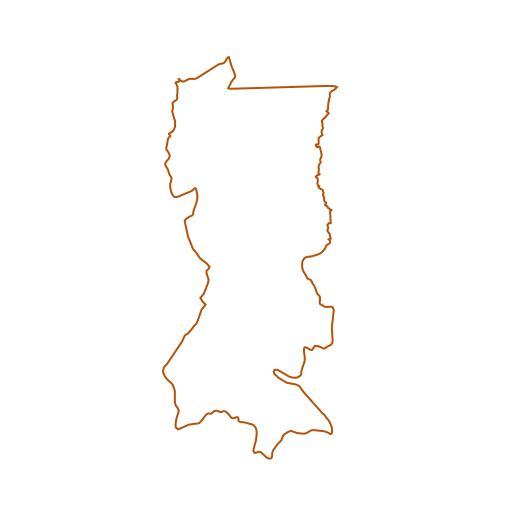 the border of Orellana, rotated 254°
{"feature_id": "ECU-1286", "entity_name": "Orellana", "entity_type": "Province", "adm_level": 1, "iso_a3": "ECU", "parent_name": "Ecuador", "parent_adm1": "", "projection": "orthographic", "projection_center": [-76.398, -0.797], "detail": "fine", "context": "isolated", "style": "outline", "palette": "amber", "viewbox_px": 512, "rotation_deg": 254, "n_neighbors": 0, "source": "natural_earth", "source_scale": "10m", "svg_char_len": 6112}
<svg xmlns="http://www.w3.org/2000/svg" viewBox="0 0 512 512"><g transform="rotate(254 256 256)"><path d="M448.2,230.4L446.2,231.4L444.4,232.6L443.6,234.6L443.8,236.2L444.5,239.3L444.6,241.0L444.2,242.6L443.2,245.6L443.1,247.7L450.5,272.8L450.5,274.2L450.3,277.1L450.6,278.7L451.8,280.5L453.4,281.9L454.6,283.6L454.7,284.7L453.2,284.8L445.4,284.8L438.3,285.6L434.5,285.6L432.9,284.2L431.9,282.5L429.7,279.9L425.0,275.6L423.9,277.1L399.4,373.1L397.3,378.9L396.0,380.4L394.2,377.1L393.4,373.5L392.4,372.0L391.2,371.4L389.9,371.3L388.1,370.7L387.0,369.7L386.0,369.2L385.1,369.1L384.1,368.1L379.2,366.3L377.6,365.9L376.8,365.3L376.4,364.6L376.1,363.8L375.7,363.6L375.1,364.1L374.3,364.9L373.3,365.3L372.7,364.8L372.2,363.5L370.6,361.4L369.3,358.8L368.9,358.4L368.3,357.0L367.6,356.4L365.5,356.5L363.1,355.8L360.7,355.6L359.9,355.2L359.3,354.5L358.6,353.9L357.3,353.2L356.2,353.1L355.1,353.1L354.2,353.4L353.8,353.2L353.8,352.7L353.5,351.7L352.3,349.0L351.2,348.4L347.1,347.3L346.3,346.6L346.2,345.7L346.6,344.9L346.6,344.2L346.0,344.1L345.3,344.3L344.1,344.3L343.7,344.7L343.6,345.3L343.9,346.2L343.8,346.9L343.1,347.3L342.1,347.5L340.5,347.3L337.5,347.2L334.7,346.9L332.5,345.6L331.4,344.5L330.6,344.0L328.5,344.1L327.7,343.4L326.9,342.4L325.6,341.2L323.7,340.5L321.7,340.3L319.9,339.3L318.9,338.9L318.3,339.0L317.8,339.4L317.1,339.7L316.8,339.1L316.7,338.4L316.8,337.4L316.5,336.4L315.9,335.5L315.4,335.3L314.9,335.6L314.5,336.3L313.5,336.5L311.8,336.4L308.9,335.0L307.2,335.0L306.4,335.2L306.2,335.7L305.8,336.0L305.5,335.7L305.3,335.1L305.0,335.0L304.6,335.1L303.9,335.5L302.2,337.1L301.8,337.7L301.2,338.2L300.6,338.3L299.5,338.2L298.8,338.2L297.8,338.3L297.3,337.9L296.5,337.2L295.5,337.2L292.6,337.6L291.3,336.9L290.4,336.8L289.5,337.0L288.7,337.6L287.8,338.1L287.1,337.8L286.6,337.2L286.2,336.5L285.7,336.5L285.2,337.1L284.7,337.9L284.0,338.5L283.3,338.3L282.7,338.3L282.3,338.5L282.0,338.9L280.9,339.6L280.3,340.2L279.9,340.8L279.3,341.3L279.0,341.2L278.9,339.9L278.4,339.5L277.0,339.1L274.5,338.7L270.3,337.6L267.9,337.2L267.0,336.7L267.1,336.1L267.5,335.5L267.3,334.9L266.6,333.9L266.3,333.3L265.5,333.1L264.6,333.2L263.3,333.2L262.2,332.6L261.1,331.7L260.2,331.7L259.2,332.0L258.0,332.5L256.0,332.9L254.4,332.5L252.7,332.8L252.0,332.4L252.0,331.8L252.1,331.1L252.0,330.5L250.8,331.2L249.5,331.4L248.6,330.9L247.6,329.6L247.4,328.6L247.3,327.6L246.9,326.9L246.1,326.0L244.6,324.9L243.8,323.9L243.0,322.7L241.6,320.8L240.8,318.4L240.3,314.9L240.4,308.3L240.9,306.1L241.0,303.7L240.4,301.7L238.2,299.3L235.9,298.2L233.1,297.4L230.2,297.1L227.8,297.4L223.6,298.6L220.5,299.2L219.7,299.6L218.4,301.5L217.6,302.1L216.0,302.6L214.5,302.7L211.1,303.7L207.8,304.2L203.7,304.4L202.5,304.6L200.2,305.9L198.8,306.1L196.3,305.6L194.4,304.5L192.9,304.2L191.9,304.6L188.8,307.5L187.8,308.9L187.3,310.7L187.0,312.6L186.5,314.4L185.4,315.7L182.4,315.8L166.4,309.2L153.0,306.2L151.2,305.2L150.0,303.5L149.0,298.7L148.4,297.3L148.1,296.3L148.6,295.2L151.9,291.4L153.4,287.7L151.9,285.9L150.9,285.0L150.2,283.7L150.7,282.6L153.5,280.0L154.7,278.4L154.5,277.3L153.6,276.5L151.4,275.9L144.5,274.8L141.6,273.8L134.0,268.6L132.7,267.9L131.2,267.4L129.5,266.5L128.6,265.2L127.9,262.4L128.2,259.8L129.3,257.1L131.2,254.3L139.2,246.8L140.8,244.9L141.4,243.0L141.1,242.0L139.9,241.2L137.5,241.1L135.4,242.6L133.1,243.7L125.7,250.6L121.7,258.6L119.5,261.4L118.2,262.1L112.1,264.2L85.9,276.8L84.1,278.2L80.9,279.0L80.4,279.4L77.7,280.6L74.4,281.3L70.3,281.6L66.6,280.9L64.4,279.8L64.4,278.3L66.1,276.8L67.5,275.1L69.0,272.7L72.8,263.3L73.2,260.9L71.8,255.7L72.0,253.3L73.0,250.3L74.2,247.5L75.4,245.4L77.7,242.3L78.2,240.6L78.1,238.5L76.9,234.3L75.9,232.6L74.5,231.4L72.3,230.0L71.4,228.9L69.6,225.4L65.0,219.5L63.2,217.9L61.6,217.1L59.8,216.6L57.8,215.5L57.3,214.2L57.6,212.8L58.5,211.5L60.2,210.2L65.3,207.1L66.5,206.0L67.1,204.7L66.9,202.7L66.9,201.3L67.5,200.0L69.0,199.7L71.3,200.6L78.4,204.9L82.1,206.6L86.1,208.0L89.3,208.5L91.5,208.2L93.4,207.4L94.9,206.2L98.9,199.7L100.7,195.5L101.3,194.4L102.1,193.8L103.0,193.8L105.1,194.4L105.9,194.1L106.4,193.1L106.2,190.4L106.4,189.1L106.8,188.0L111.9,185.8L113.7,184.8L115.2,183.5L115.8,182.1L115.6,179.4L116.0,178.3L116.7,177.4L117.7,176.4L118.3,175.1L118.3,172.7L116.8,169.6L117.0,168.8L117.4,168.0L117.6,167.1L117.7,165.8L117.3,164.6L115.4,161.7L113.1,158.9L112.1,157.3L111.0,155.3L111.0,153.7L111.6,151.3L112.1,146.8L112.4,145.2L110.8,133.4L113.4,131.6L115.6,132.1L118.3,133.1L122.9,135.4L127.7,138.8L129.6,139.1L131.6,138.8L133.3,138.0L136.0,137.5L138.9,138.0L148.3,140.7L152.3,140.8L155.9,140.2L158.3,138.9L160.3,137.5L162.6,136.3L165.2,135.3L169.5,134.6L171.8,135.3L174.2,136.8L175.3,138.2L176.9,140.9L194.0,161.2L199.1,165.6L199.7,166.6L199.9,167.1L200.0,168.5L200.4,169.6L203.4,174.1L204.8,175.8L206.5,178.3L207.0,179.3L207.9,180.5L209.8,182.1L219.2,188.7L220.6,190.4L221.4,191.8L223.3,194.2L227.0,192.0L230.9,190.9L234.4,195.7L243.1,202.3L246.2,203.9L252.8,203.7L255.5,204.3L256.6,206.8L258.4,208.4L262.3,206.6L269.0,201.7L270.5,201.1L275.9,199.4L279.3,197.7L280.9,197.3L293.7,196.0L309.4,197.1L310.2,197.9L311.2,199.7L311.9,201.8L312.6,205.8L313.5,207.0L316.8,208.5L323.6,213.4L327.4,215.5L331.1,216.4L335.0,216.7L336.9,216.9L337.8,216.5L338.1,215.8L337.8,215.0L337.0,213.9L336.2,211.9L334.6,198.3L334.6,195.6L335.2,193.9L337.1,192.8L339.9,192.2L345.2,192.3L348.2,193.1L350.6,194.4L352.6,195.7L354.4,196.2L355.8,196.1L357.5,195.4L359.0,195.2L362.9,195.2L364.8,194.8L366.5,194.3L368.2,193.9L369.5,194.1L371.0,195.1L371.9,196.2L373.3,198.5L374.3,199.7L376.3,200.8L378.3,200.7L380.7,200.1L382.2,199.5L383.8,199.2L385.4,199.9L387.3,201.1L390.9,202.7L392.9,203.8L394.0,204.8L394.3,205.7L394.8,206.7L395.4,206.8L397.1,205.9L397.7,206.3L398.0,207.2L398.3,208.9L398.8,210.0L399.4,211.1L400.5,212.2L402.4,213.7L407.7,215.4L409.2,215.4L410.3,215.2L417.8,215.3L419.7,216.1L421.4,217.1L422.9,217.5L425.5,217.6L426.4,218.2L427.0,219.5L427.4,221.1L428.0,222.6L428.9,223.6L430.2,224.0L431.8,224.2L434.3,225.4L440.1,227.1L442.1,227.0L443.4,226.8L444.3,226.4L444.9,226.8L445.1,227.2L444.8,229.2L445.1,230.2L445.6,230.5L448.2,230.4Z" fill="none" stroke="#b45309" stroke-width="2"/></g></svg>